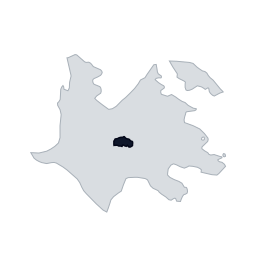 Ujar District, Ucar, Azerbaijan shown in context, rotated 170°
{"feature_id": "54616110B8701125158325", "entity_name": "Ujar District", "entity_type": "district", "adm_level": 2, "iso_a3": "AZE", "parent_name": "Azerbaijan", "parent_adm1": "Ucar", "projection": "albers", "projection_center": [47.737, 40.438], "detail": "fine", "context": "in_parent", "style": "filled", "palette": "ink", "viewbox_px": 256, "rotation_deg": 170, "n_neighbors": 0, "source": "geoboundaries", "source_scale": "gbopen_adm2", "svg_char_len": 4265}
<svg xmlns="http://www.w3.org/2000/svg" viewBox="0 0 256 256"><g transform="rotate(170 128 128)"><path d="M175.9,207.7L174.8,207.6L167.4,209.5L165.8,208.9L159.3,200.8L158.0,199.9L155.2,199.6L153.6,198.3L152.3,196.1L151.5,194.5L144.9,190.1L143.9,188.4L143.8,187.0L144.7,185.7L145.9,184.6L149.1,183.5L152.8,182.6L154.0,181.9L154.6,180.7L154.6,178.8L153.9,177.0L148.5,173.6L147.9,172.2L147.8,170.4L148.1,168.5L148.9,167.0L153.3,165.0L155.6,163.0L154.1,160.7L149.4,155.5L143.8,149.7L140.1,149.7L135.8,151.4L128.9,156.3L125.1,158.4L120.1,161.8L114.7,165.7L110.2,169.8L107.4,173.1L102.5,174.6L100.0,177.4L91.6,185.8L89.2,185.7L89.2,181.4L89.3,178.1L88.8,176.1L86.2,173.5L86.2,172.3L86.9,171.6L89.0,172.1L91.6,172.0L92.9,170.9L90.1,167.4L87.6,165.0L85.5,163.4L85.1,162.5L85.1,161.8L85.5,161.0L89.2,159.2L89.6,157.4L89.3,155.4L83.6,152.4L79.3,153.4L75.5,150.1L73.1,147.5L70.1,144.8L67.4,143.2L64.8,139.8L60.3,136.2L57.4,135.1L57.5,134.6L58.0,134.0L59.3,133.5L67.4,133.8L68.4,133.2L68.9,131.7L70.1,129.5L71.4,126.2L71.4,123.5L63.4,118.9L57.5,114.6L53.6,109.1L51.0,104.1L51.1,102.5L51.9,100.9L58.3,96.6L58.8,95.4L58.7,94.6L56.5,92.2L53.7,89.8L52.9,88.0L51.2,87.0L47.8,86.9L42.0,83.8L40.8,83.4L40.5,82.8L40.8,82.3L45.0,81.2L45.0,80.2L43.8,78.9L41.4,77.9L39.3,75.5L38.6,73.3L46.4,67.4L48.6,66.2L53.6,67.5L63.7,71.8L63.0,74.1L64.0,75.4L66.3,77.2L70.8,79.0L74.6,80.0L76.6,79.3L79.5,78.7L83.3,80.8L86.8,83.4L88.6,84.4L89.5,84.8L92.2,84.0L95.5,80.7L96.8,76.7L97.2,74.8L95.3,72.1L91.5,69.2L87.2,66.6L84.5,64.3L82.8,59.9L81.0,59.4L80.6,58.8L80.3,57.3L80.4,55.2L81.1,53.6L82.8,52.9L84.6,52.7L86.2,51.2L88.2,48.2L89.1,46.5L92.8,47.5L93.3,50.2L94.0,50.8L95.5,50.5L98.1,49.4L100.2,50.3L102.8,53.6L106.4,57.0L108.4,59.3L109.1,60.9L111.0,62.4L113.7,64.2L115.9,67.1L117.8,73.6L119.8,75.2L126.9,77.7L129.4,78.2L136.4,79.1L138.8,78.5L142.4,72.8L145.6,67.0L148.7,65.7L154.1,62.9L157.3,60.2L158.7,57.4L161.7,51.9L163.5,48.9L166.8,51.5L172.4,58.8L180.5,70.6L182.5,73.9L183.8,77.8L185.0,82.6L186.9,86.7L195.2,97.1L198.8,100.9L204.6,105.9L206.7,106.9L209.4,107.2L214.3,107.1L218.9,108.9L221.2,110.3L223.6,112.2L225.7,114.5L228.0,120.6L220.0,118.8L212.1,119.3L207.6,120.7L203.3,122.6L199.1,125.3L196.6,130.3L194.6,141.9L191.5,152.8L191.7,157.8L193.3,162.5L193.1,164.8L191.6,165.8L189.8,167.9L187.5,177.8L186.2,179.8L184.7,181.1L184.2,179.9L184.3,177.3L180.7,175.1L178.8,177.7L177.6,183.1L175.1,188.9L175.0,190.0L175.9,207.7ZM57.2,105.3L57.6,103.8L56.6,103.1L55.5,103.0L54.6,103.8L54.6,105.7L55.8,106.1L57.2,105.3ZM29.7,149.6L28.5,147.9L28.0,147.0L31.6,146.4L37.5,144.5L39.1,145.6L40.8,147.8L41.6,149.7L41.6,153.1L42.3,153.7L45.2,152.6L46.5,154.0L48.6,155.8L52.4,157.5L58.0,155.1L60.8,154.5L63.1,154.6L64.3,155.4L64.7,158.1L64.1,161.4L63.5,163.2L64.6,164.5L69.1,167.8L70.9,169.6L70.0,172.7L73.2,180.2L74.3,183.2L75.6,186.8L68.6,185.3L56.1,181.9L52.7,180.3L49.5,176.0L47.6,174.0L44.8,171.3L42.5,170.3L40.8,168.4L39.8,165.7L38.4,163.3L35.9,160.4L30.4,150.6L29.7,149.6ZM39.0,85.6L38.3,86.2L37.1,85.6L36.8,84.4L36.9,83.2L38.1,82.9L39.0,83.3L39.3,84.4L39.0,85.6Z" fill="#d9dde1" stroke="#a8b0b8" stroke-width="1"/><path d="M128.5,116.4L128.9,116.6L129.4,117.0L129.9,117.2L130.4,117.3L131.1,117.7L131.4,117.9L131.9,118.2L132.2,118.5L132.4,118.9L132.7,119.3L132.9,119.8L133.1,120.0L133.4,120.2L133.8,120.1L134.7,119.9L135.2,119.7L135.9,119.9L136.4,120.1L137.2,120.0L138.0,120.0L139.0,119.8L139.7,119.5L140.2,119.4L140.9,119.4L141.5,119.4L142.0,119.4L142.4,119.4L142.5,119.4L142.8,119.2L143.1,118.6L143.6,118.1L144.1,117.6L144.3,117.1L144.3,116.7L144.5,115.8L144.6,115.1L144.7,114.8L144.8,113.8L144.8,113.3L144.7,113.3L143.7,113.2L143.3,113.1L142.6,113.1L141.8,112.9L141.3,112.7L140.5,112.1L140.1,111.8L139.1,111.7L138.5,111.6L137.7,111.1L137.1,110.9L136.8,111.3L136.5,112.0L135.9,112.2L135.4,111.9L135.0,111.5L134.7,111.2L134.3,111.0L132.9,110.3L132.6,110.7L131.6,111.1L131.5,110.8L131.5,110.4L131.0,110.0L130.4,109.7L130.3,109.2L130.1,109.3L129.9,109.2L129.6,108.9L129.1,108.9L128.5,109.0L128.1,109.4L127.6,109.4L126.9,109.7L126.6,110.0L126.6,110.4L126.4,110.9L126.3,111.4L126.2,111.9L126.0,112.3L126.0,112.9L125.9,113.4L126.1,113.8L126.4,114.1L126.5,114.3L126.9,114.4L127.4,114.6L127.8,115.0L128.0,115.3L128.4,115.8L128.5,116.0L128.5,116.4Z" fill="#0f172a" stroke="#020617" stroke-width="1.5"/></g></svg>